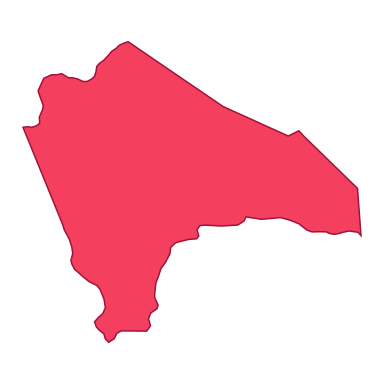 the district of Coremas, Paraíba, Brazil
{"feature_id": "56859067B65576512747255", "entity_name": "Coremas", "entity_type": "district", "adm_level": 2, "iso_a3": "BRA", "parent_name": "Brazil", "parent_adm1": "Paraíba", "projection": "orthographic", "projection_center": [-37.983, -7.063], "detail": "fine", "context": "isolated", "style": "filled", "palette": "rose", "viewbox_px": 384, "rotation_deg": 0, "n_neighbors": 0, "source": "geoboundaries", "source_scale": "gbopen_adm2", "svg_char_len": 1409}
<svg xmlns="http://www.w3.org/2000/svg" viewBox="0 0 384 384"><path d="M62.4,223.9L64.3,229.9L69.3,239.2L71.9,247.5L72.7,253.6L70.9,260.5L71.9,264.1L74.5,269.2L82.8,276.5L88.9,281.5L96.9,285.5L100.1,289.5L104.0,299.1L105.4,307.8L102.7,313.6L98.6,317.3L94.5,321.8L96.4,327.0L99.4,330.3L103.9,333.9L105.3,338.8L108.6,342.3L114.3,338.6L116.8,333.3L121.4,330.9L146.7,331.1L150.5,325.8L148.5,318.7L150.8,313.0L156.9,308.8L158.1,305.1L154.7,297.6L154.7,293.7L155.9,282.8L158.5,276.3L161.0,268.4L165.5,262.3L170.0,253.7L170.6,247.5L175.2,243.1L179.2,241.7L188.8,239.4L196.6,238.8L198.8,235.9L197.0,229.9L199.9,225.6L205.4,225.1L217.1,225.8L221.2,226.0L228.8,225.6L237.9,225.0L244.2,220.9L245.9,216.9L257.0,218.6L261.3,219.3L280.5,217.6L285.4,218.9L290.1,220.3L294.3,221.9L299.1,223.9L306.8,230.0L312.0,231.9L320.6,231.7L326.3,231.9L329.9,233.6L334.1,234.3L338.2,233.7L343.0,232.3L349.0,231.0L358.0,232.3L361.0,235.6L357.5,188.4L304.3,136.7L298.8,130.8L288.2,136.0L268.7,127.2L223.0,106.5L200.6,91.2L163.5,65.9L128.1,41.7L123.2,43.4L119.1,45.4L116.1,48.4L111.7,51.3L108.4,55.3L104.1,60.0L99.4,63.4L96.8,66.3L96.0,71.6L94.5,76.4L91.5,79.1L87.0,81.5L83.0,81.5L77.8,79.0L72.3,77.7L68.4,77.7L61.8,73.7L56.5,74.8L51.5,74.8L43.8,78.3L41.2,83.9L38.1,90.9L39.9,96.3L43.3,105.7L42.6,109.5L39.3,117.2L39.7,123.3L36.2,125.9L31.8,127.3L27.5,126.7L23.0,127.3L62.4,223.9Z" fill="#f43f5e" stroke="#9f1239" stroke-width="1.5"/></svg>